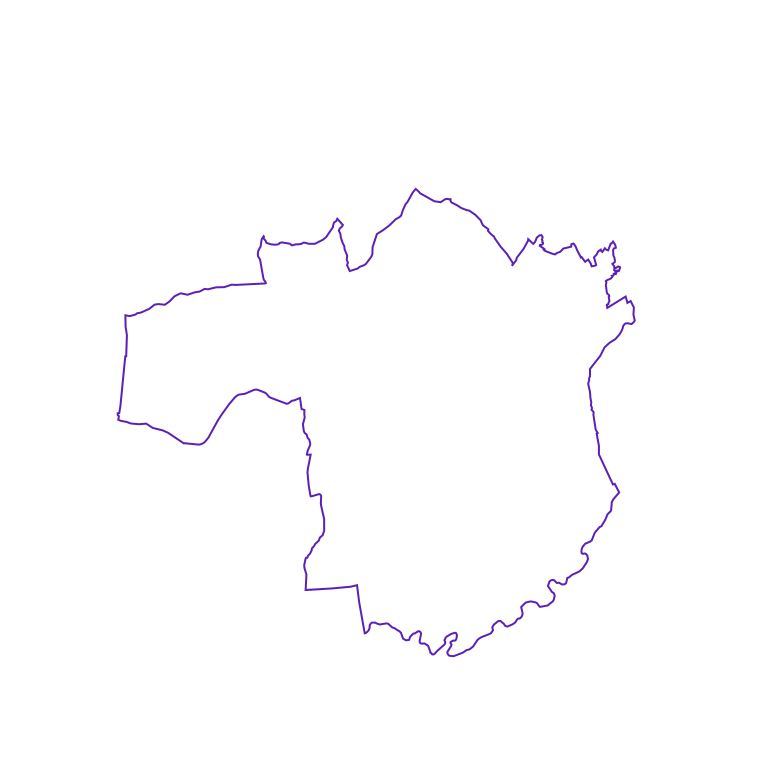 Samarinesti, Gorj, Romania, rotated 297°
{"feature_id": "2599482B36572615810111", "entity_name": "Samarinesti", "entity_type": "district", "adm_level": 2, "iso_a3": "ROU", "parent_name": "Romania", "parent_adm1": "Gorj", "projection": "robinson", "projection_center": [23.051, 44.772], "detail": "fine", "context": "isolated", "style": "outline", "palette": "violet", "viewbox_px": 768, "rotation_deg": 297, "n_neighbors": 0, "source": "geoboundaries", "source_scale": "gbopen_adm2", "svg_char_len": 6166}
<svg xmlns="http://www.w3.org/2000/svg" viewBox="0 0 768 768"><g transform="rotate(297 384 384)"><path d="M578.5,446.8L577.2,447.3L567.6,447.0L556.7,445.0L554.4,445.6L547.4,444.4L549.7,444.1L550.6,443.3L555.9,434.1L559.2,425.8L564.0,416.7L565.2,415.3L566.3,410.5L567.7,407.1L569.3,406.7L570.2,400.5L571.3,398.7L573.8,395.7L576.2,388.6L577.2,381.1L576.5,378.9L575.9,373.3L576.4,368.1L576.4,361.6L577.4,360.1L578.9,359.3L578.1,358.2L577.7,356.4L576.5,354.7L571.7,351.9L569.7,345.9L570.3,329.7L571.2,327.7L572.2,323.7L567.8,322.7L556.9,322.3L554.2,321.6L547.2,321.9L541.9,322.8L539.5,321.9L536.1,319.6L528.0,316.9L520.6,313.3L514.4,309.6L500.7,311.7L494.5,314.7L491.5,314.9L482.9,313.4L480.8,312.3L477.4,309.2L474.9,308.1L469.1,302.2L473.1,297.1L475.8,296.7L477.8,294.4L481.6,293.0L486.1,287.8L488.9,285.9L491.1,282.9L495.1,278.9L498.2,276.8L500.1,274.1L502.4,274.0L505.4,275.1L507.0,275.2L510.0,267.4L507.7,267.5L505.2,266.2L502.0,266.7L500.8,267.3L488.7,265.8L485.0,264.2L477.5,258.7L474.8,253.3L474.0,249.5L473.4,248.1L471.2,246.6L469.0,243.4L468.6,242.2L466.1,239.6L465.7,238.8L466.2,237.0L466.0,235.6L463.8,228.8L462.3,227.0L460.9,226.7L460.0,225.8L458.7,223.8L457.1,219.8L456.4,215.3L457.9,213.4L459.0,210.7L460.8,210.1L461.0,209.7L457.4,209.3L450.6,211.6L445.5,211.5L442.0,212.8L440.6,213.8L438.6,217.1L423.6,228.4L422.3,229.6L421.4,231.7L420.4,232.9L419.6,232.4L404.9,206.8L403.3,203.1L397.7,197.6L393.9,190.5L388.5,184.2L387.3,181.0L382.6,177.7L379.8,173.8L374.3,168.4L372.7,162.2L372.1,161.3L367.0,157.5L359.9,155.3L355.1,152.7L352.8,146.7L350.5,143.5L344.5,140.8L337.3,135.0L334.7,131.7L333.1,131.1L329.1,126.7L327.8,122.4L317.8,127.7L310.7,132.8L291.7,141.7L291.2,140.9L244.8,159.1L237.9,161.3L236.9,160.0L235.5,160.8L235.0,162.4L231.5,163.5L231.7,166.3L233.4,171.9L233.7,175.4L234.4,177.7L236.9,183.9L240.7,190.1L239.9,198.1L242.2,207.7L242.5,213.8L240.2,232.8L240.7,233.2L245.9,246.5L247.3,248.3L249.3,249.9L251.8,250.9L256.5,251.9L275.9,252.5L282.8,253.2L295.5,255.1L304.7,257.3L307.7,258.8L308.8,259.7L312.1,264.5L319.6,270.7L321.0,272.5L321.6,274.9L322.2,281.6L322.0,283.7L320.4,287.2L320.3,289.1L322.2,306.3L323.4,307.6L327.4,309.7L328.8,311.6L333.4,315.5L324.3,321.9L324.7,324.9L320.9,326.7L318.1,328.6L311.4,330.0L305.8,333.8L304.4,335.5L303.7,338.2L301.4,340.4L300.4,342.7L297.4,345.3L296.1,345.9L290.0,346.3L286.2,347.2L286.0,347.5L287.8,350.7L273.7,354.7L270.4,356.0L259.1,363.2L250.8,369.4L250.7,370.0L251.0,370.4L256.2,375.9L256.6,376.7L256.4,378.0L255.4,379.0L249.0,381.9L246.8,383.4L236.6,391.9L226.1,397.3L221.4,398.0L218.1,396.6L214.8,397.0L210.1,395.3L207.8,395.3L204.7,394.4L202.9,395.1L199.0,395.1L197.2,394.4L194.3,394.5L193.7,393.4L192.8,393.4L186.2,395.2L183.8,396.8L179.0,401.4L164.9,407.7L177.7,429.6L188.2,446.3L192.5,451.3L178.5,460.8L153.1,480.0L153.6,480.7L155.5,481.6L157.5,482.1L159.8,482.0L162.6,480.8L164.5,480.9L166.0,481.7L167.4,484.6L167.3,486.2L167.8,489.4L171.7,494.7L172.3,496.6L170.9,501.5L171.2,504.9L170.8,507.1L170.7,510.0L170.0,512.1L165.8,516.6L165.6,519.9L167.4,522.5L170.8,522.1L175.0,523.5L175.9,524.8L179.0,526.5L179.7,527.6L179.5,529.1L178.5,530.4L171.2,532.4L169.8,533.3L169.6,535.1L171.2,537.9L170.8,542.1L166.6,546.7L165.7,547.2L165.7,548.5L165.0,549.5L165.3,550.6L166.3,551.5L170.9,552.8L179.2,556.1L180.7,556.2L182.0,555.6L183.1,554.2L185.8,554.1L187.4,554.5L191.6,557.2L194.4,559.9L194.8,561.0L193.7,562.8L190.7,564.0L188.8,564.2L187.6,563.8L186.7,562.0L184.4,560.5L183.5,560.7L182.6,562.4L181.1,562.8L174.3,562.1L173.0,562.6L172.3,563.5L171.7,564.8L171.7,566.1L173.1,569.6L180.4,576.2L184.4,578.4L186.4,580.7L190.6,582.6L198.4,583.5L200.1,584.2L202.5,585.6L209.0,591.4L210.7,592.5L214.1,592.9L216.3,591.0L217.5,591.0L219.7,591.2L224.3,593.3L225.0,593.8L225.7,595.4L224.7,599.7L223.5,601.8L223.8,604.0L228.3,607.7L231.1,609.2L234.7,609.5L236.0,610.2L236.8,611.5L239.1,612.3L241.3,612.1L242.9,611.4L247.5,607.5L253.5,609.4L256.3,612.6L257.2,614.2L258.2,618.1L258.2,619.8L256.2,623.8L256.6,624.7L260.9,630.3L267.0,633.1L268.7,633.2L272.7,632.3L274.6,630.5L275.0,627.9L278.4,621.8L283.1,621.1L285.1,622.1L285.8,622.9L286.4,624.7L285.2,628.4L286.4,630.1L286.2,633.5L287.5,635.9L289.4,636.6L294.5,635.4L295.6,636.6L299.2,638.1L305.7,643.2L310.0,644.8L317.4,645.6L320.7,645.2L323.5,643.0L324.3,640.9L324.2,639.9L322.9,638.2L323.0,637.0L324.3,636.0L326.7,635.1L329.5,634.9L333.3,635.9L336.7,638.9L338.8,640.1L346.9,639.3L354.3,641.0L356.1,642.3L363.5,642.8L369.5,642.3L373.6,643.7L375.1,643.5L382.2,640.6L385.6,640.7L394.1,642.8L399.8,634.9L398.4,633.6L418.8,607.5L426.6,603.5L436.3,596.0L437.3,596.7L439.5,593.3L451.9,584.4L453.9,583.7L454.8,582.1L455.1,580.7L457.1,580.2L458.9,578.1L461.8,577.0L465.1,574.4L470.5,571.1L476.9,565.8L480.4,565.1L482.2,564.2L484.6,564.0L490.9,560.7L507.2,563.9L516.8,563.9L523.2,566.3L529.1,569.8L534.9,571.3L538.5,571.6L541.9,571.4L544.2,570.8L546.3,571.1L547.5,571.7L548.7,573.4L549.8,577.4L552.8,578.5L554.4,578.6L559.0,574.8L565.5,572.0L569.9,566.1L566.8,564.1L571.6,559.6L553.2,548.4L555.8,546.6L557.1,547.6L558.7,547.1L560.2,547.2L563.6,544.7L564.4,544.9L565.5,544.0L565.7,542.2L567.1,540.7L572.8,536.8L575.5,536.0L576.4,534.9L577.9,535.7L580.9,538.2L583.0,538.8L583.7,538.7L584.0,538.1L584.5,538.8L586.2,539.4L586.5,539.0L587.1,540.6L588.9,540.4L589.2,540.1L588.9,539.4L589.4,539.3L589.6,538.6L591.0,540.4L590.6,541.1L591.4,542.0L595.0,541.5L595.3,541.2L595.1,539.5L594.8,539.1L590.9,537.0L593.3,535.9L594.7,533.0L597.4,534.3L599.2,533.5L601.3,531.8L602.6,530.1L607.2,527.4L609.0,527.2L610.7,528.7L613.0,526.8L614.9,523.4L612.5,523.0L611.9,522.3L604.8,523.0L604.6,520.3L605.2,519.2L600.8,518.6L601.1,517.2L602.1,516.1L599.3,514.6L596.0,514.7L592.2,513.6L586.4,519.0L585.3,518.4L583.1,515.6L585.1,513.6L587.6,509.5L584.2,507.7L586.8,502.5L586.1,502.1L590.7,495.6L593.5,492.3L595.2,489.2L593.6,487.5L591.3,488.4L586.1,482.3L581.8,481.0L579.2,478.6L577.1,477.6L576.5,474.8L575.7,467.2L576.1,465.4L577.0,465.8L577.2,465.2L577.8,460.1L578.8,459.9L579.8,461.5L581.3,462.0L582.0,461.6L582.4,460.5L583.7,460.1L584.4,459.1L586.6,458.8L587.4,458.1L588.1,456.5L586.7,454.9L583.8,453.7L579.2,454.1L576.6,453.4L578.5,446.8Z" fill="none" stroke="#5b21b6" stroke-width="2"/></g></svg>